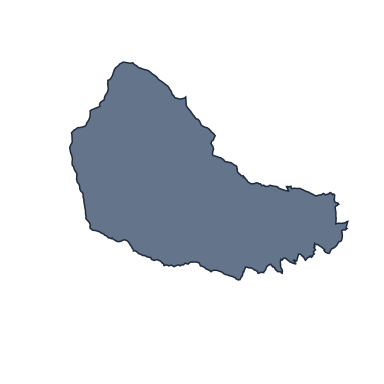 outline of Vaideeni, Vâlcea, Romania, rotated 314°
{"feature_id": "2599482B16463900446430", "entity_name": "Vaideeni", "entity_type": "district", "adm_level": 2, "iso_a3": "ROU", "parent_name": "Romania", "parent_adm1": "Vâlcea", "projection": "natural_earth1", "projection_center": [23.883, 45.229], "detail": "fine", "context": "isolated", "style": "filled", "palette": "slate", "viewbox_px": 384, "rotation_deg": 314, "n_neighbors": 0, "source": "geoboundaries", "source_scale": "gbopen_adm2", "svg_char_len": 6075}
<svg xmlns="http://www.w3.org/2000/svg" viewBox="0 0 384 384"><g transform="rotate(314 192 192)"><path d="M279.1,324.5L278.3,324.0L276.4,323.6L273.6,321.7L271.0,318.8L268.9,317.6L273.4,313.8L274.5,312.3L277.0,310.0L280.6,305.4L281.6,305.3L283.5,305.8L284.2,305.6L285.1,306.1L285.4,304.8L285.0,304.3L285.0,303.8L284.1,302.6L284.2,301.2L284.9,300.4L285.0,299.5L285.8,299.4L286.8,298.6L287.1,298.2L288.9,296.8L289.0,295.5L288.4,295.2L288.4,294.8L287.7,294.8L287.9,292.1L287.0,291.6L285.4,291.6L284.2,290.7L283.3,290.5L282.6,289.6L282.4,287.7L282.2,287.4L280.8,287.3L278.9,286.3L277.8,285.3L276.3,284.7L274.8,283.2L274.8,282.3L274.2,280.7L273.9,279.0L273.3,278.1L273.0,276.0L272.0,274.3L269.5,267.0L267.6,265.3L265.3,262.4L263.8,261.6L263.8,260.6L264.9,259.3L263.5,258.2L262.3,257.9L262.2,257.8L262.5,257.1L261.6,256.2L259.8,260.7L258.1,258.5L255.3,252.6L255.0,251.6L255.2,250.4L254.9,249.3L252.6,246.2L251.0,243.4L248.7,242.7L247.4,241.3L246.9,240.4L246.8,238.9L245.2,237.8L245.3,235.3L244.4,234.4L244.2,233.0L243.2,231.8L241.8,231.4L240.5,230.1L239.6,229.7L238.6,227.7L238.2,225.6L238.2,224.6L238.7,222.5L238.6,221.5L238.7,220.5L239.1,219.8L239.0,219.2L238.4,218.9L239.0,218.5L239.3,217.7L237.9,216.2L238.1,214.6L237.9,211.7L238.0,211.1L239.1,209.2L239.9,208.8L240.2,207.9L241.3,206.7L241.5,205.6L240.8,203.6L240.2,199.4L239.5,198.9L238.2,196.4L237.4,195.8L237.0,195.0L236.9,193.9L237.2,192.5L236.9,192.1L237.1,191.3L236.6,189.6L236.7,189.1L235.7,187.5L234.6,184.9L233.5,183.1L233.5,182.6L233.0,181.9L233.0,181.1L233.6,180.3L235.2,179.0L237.2,178.1L238.2,177.3L238.7,176.1L239.5,174.9L239.9,172.1L240.1,171.8L240.7,171.8L241.2,171.2L242.1,170.9L244.3,171.3L245.2,170.7L248.6,169.6L248.9,167.7L248.9,165.3L248.5,164.1L249.0,163.1L249.1,162.5L248.8,161.7L249.2,160.9L248.7,158.1L247.6,156.4L246.6,153.2L246.7,152.5L246.6,151.9L248.3,148.1L248.4,145.7L247.6,144.4L247.5,143.9L247.9,141.3L248.2,140.6L248.1,139.5L249.0,135.4L249.7,129.3L250.3,127.8L251.3,126.6L256.0,121.5L254.2,121.3L251.2,119.4L250.6,118.9L248.0,114.4L248.0,113.9L248.7,111.4L248.3,110.0L249.0,109.0L250.1,106.9L250.4,104.9L251.0,103.0L251.3,101.2L250.4,93.3L249.8,90.6L249.8,89.0L250.1,87.8L250.2,85.6L249.9,84.9L249.9,83.6L249.4,81.7L249.3,78.5L248.9,76.0L246.2,71.1L245.4,68.9L244.4,67.4L244.3,64.3L243.7,62.4L243.7,60.4L243.9,59.7L242.5,58.8L241.1,57.4L239.9,55.4L237.9,52.6L237.4,52.2L233.8,51.1L231.9,51.3L227.9,50.8L225.7,51.3L220.2,54.0L218.0,54.6L215.8,54.8L213.8,53.9L212.7,55.2L211.3,56.1L208.4,59.8L207.2,60.7L204.9,61.8L200.3,62.8L198.6,63.8L197.6,64.8L194.0,64.0L192.4,64.0L190.8,64.6L189.6,66.3L181.1,62.6L179.6,62.3L178.4,63.6L175.2,66.4L172.7,67.5L170.5,68.1L168.6,68.3L167.0,69.2L164.5,69.3L163.5,68.4L162.3,67.9L160.1,66.3L158.9,65.1L157.0,64.9L154.9,64.2L150.9,64.2L149.6,66.0L144.7,71.2L140.8,72.3L139.0,73.2L136.2,77.0L134.3,80.8L132.8,82.9L129.7,85.4L128.2,87.1L128.0,88.9L126.1,92.6L125.4,96.1L123.8,97.7L121.1,100.0L119.3,102.7L119.2,104.5L118.5,106.6L116.2,109.3L115.6,110.8L115.3,111.8L115.5,113.5L114.8,115.1L114.3,115.8L112.9,116.9L111.5,119.3L109.9,121.1L103.9,129.1L102.3,130.6L101.1,132.4L99.2,134.1L98.7,139.3L97.9,141.3L97.4,142.1L96.2,142.5L95.0,144.2L95.5,145.7L95.3,146.3L95.5,147.0L97.9,150.4L98.2,151.5L99.2,153.2L99.4,155.2L100.6,157.9L100.2,158.7L100.5,159.8L101.1,160.9L101.0,163.8L102.2,165.4L102.3,166.3L102.9,166.4L102.6,166.6L103.1,167.0L103.5,168.5L104.1,171.9L105.0,173.4L106.2,174.4L107.5,175.2L109.5,175.9L110.9,176.7L111.1,177.1L111.1,177.7L111.8,178.8L111.9,180.3L111.7,181.7L110.5,186.9L110.0,188.1L109.8,190.1L108.9,190.8L109.6,191.3L110.4,192.4L110.7,194.4L110.6,196.5L111.8,199.0L111.9,200.4L113.1,201.8L113.9,203.3L114.0,204.6L116.2,207.9L116.2,208.2L115.5,209.0L115.4,209.6L116.1,211.5L116.9,212.7L118.3,213.2L119.2,214.0L119.9,216.2L120.5,217.5L120.2,219.6L120.6,221.4L119.7,222.6L119.7,223.1L121.1,223.8L122.2,224.8L122.8,226.8L124.2,227.3L125.2,228.3L125.4,228.6L125.5,230.3L126.0,231.1L128.2,231.8L129.9,232.7L130.2,233.1L130.4,234.4L130.8,234.8L132.0,235.0L133.1,235.7L133.7,236.5L135.9,236.5L136.4,237.0L136.8,238.4L137.6,239.3L139.7,239.4L140.8,239.8L142.5,241.7L143.3,242.2L144.8,244.0L146.0,246.6L144.9,249.0L144.8,249.6L145.3,250.2L146.1,252.2L146.5,254.1L146.4,255.7L147.1,257.0L147.3,258.1L147.7,258.6L147.8,260.9L148.0,261.2L149.3,261.0L150.0,261.7L151.0,262.2L152.8,264.2L153.2,264.9L155.2,269.2L155.3,271.5L155.8,273.3L157.2,275.4L157.4,276.4L159.3,279.7L160.0,282.0L160.5,282.7L160.1,284.1L160.9,286.4L161.5,286.7L162.2,287.4L165.8,286.3L166.1,286.6L167.3,286.1L170.0,284.3L170.5,284.8L172.1,283.9L175.5,282.7L177.1,285.9L178.1,286.8L178.9,288.1L179.3,291.3L179.9,292.4L180.2,293.6L180.0,294.8L179.4,295.5L179.8,296.5L181.7,297.0L183.7,299.4L184.0,299.0L184.5,299.3L187.3,298.9L189.7,297.8L191.4,297.7L194.5,298.5L194.7,298.8L194.2,300.3L194.7,301.8L194.2,302.1L194.8,303.0L194.9,303.7L194.9,304.1L194.3,305.1L194.5,306.0L194.1,306.7L194.3,308.1L194.2,308.7L194.5,309.3L196.3,311.3L195.9,312.4L196.2,313.3L198.5,311.4L199.1,309.2L199.9,307.4L201.3,306.2L203.2,303.9L205.3,302.9L205.2,303.6L205.5,304.1L207.7,304.0L208.7,304.4L208.9,304.8L209.5,306.2L209.4,307.9L209.7,309.4L209.6,310.9L210.3,312.2L210.7,313.7L212.2,316.5L212.8,316.1L212.1,315.0L213.5,314.5L213.3,312.5L214.2,312.7L214.4,314.5L215.1,315.2L221.3,311.8L221.8,312.3L222.7,313.5L222.4,315.0L222.5,315.8L222.9,316.3L222.5,317.1L222.6,317.7L222.1,319.7L221.6,321.0L221.9,321.1L225.0,320.8L226.2,321.4L227.7,321.4L227.6,321.9L228.1,322.0L228.0,323.3L229.4,323.3L229.6,322.8L232.4,323.0L232.3,322.5L233.3,320.9L236.2,321.0L236.7,318.2L238.0,318.5L238.5,316.9L239.6,316.7L240.1,316.2L240.0,317.5L241.6,318.9L241.6,320.0L242.3,323.2L242.7,327.2L242.6,327.4L241.7,327.5L241.4,329.9L242.3,332.2L243.0,333.2L244.8,333.0L246.0,332.4L247.8,331.9L250.8,333.0L252.5,333.2L254.4,333.2L258.0,332.2L259.8,333.1L260.9,333.2L263.3,331.9L265.5,330.1L265.8,329.7L266.1,328.8L266.9,328.5L267.4,327.4L268.0,326.6L268.7,326.7L270.7,327.7L270.9,328.4L271.3,328.7L273.2,328.9L273.4,328.9L273.2,328.6L272.5,328.4L274.6,326.9L279.1,324.5Z" fill="#64748b" stroke="#1e293b" stroke-width="1.5"/></g></svg>